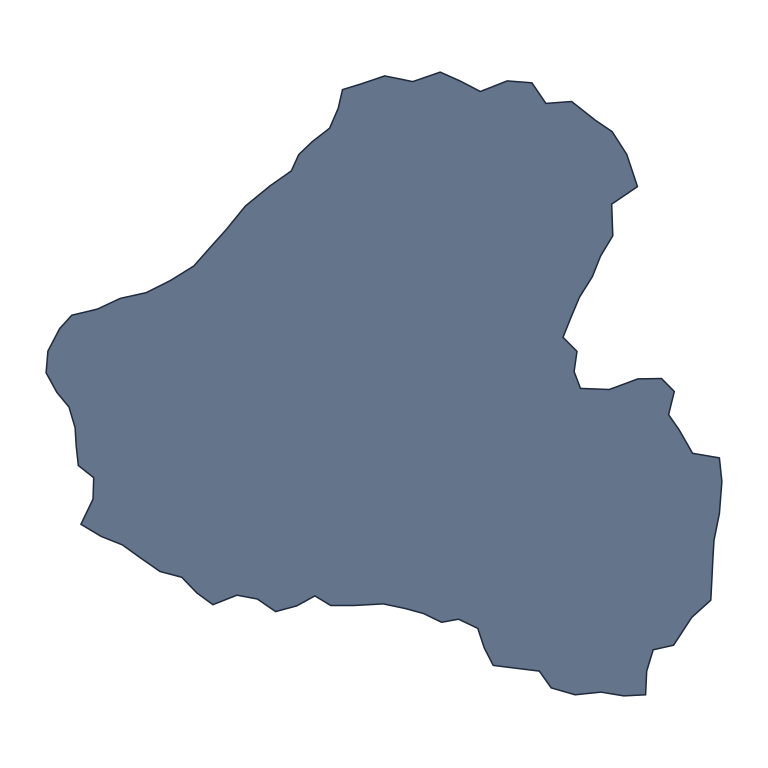 the district of Piedade de Ponte Nova, Minas Gerais, Brazil
{"feature_id": "56859067B78649658437346", "entity_name": "Piedade de Ponte Nova", "entity_type": "district", "adm_level": 2, "iso_a3": "BRA", "parent_name": "Brazil", "parent_adm1": "Minas Gerais", "projection": "orthographic", "projection_center": [-42.716, -20.24], "detail": "fine", "context": "isolated", "style": "filled", "palette": "slate", "viewbox_px": 768, "rotation_deg": 0, "n_neighbors": 0, "source": "geoboundaries", "source_scale": "gbopen_adm2", "svg_char_len": 1298}
<svg xmlns="http://www.w3.org/2000/svg" viewBox="0 0 768 768"><path d="M712.9,558.6L714.0,540.3L719.4,513.6L721.9,481.5L719.4,457.9L692.6,453.3L679.0,429.6L668.6,414.7L674.3,391.5L661.5,378.5L637.8,378.9L609.2,389.5L580.5,388.4L574.1,371.6L577.0,351.4L563.0,337.3L571.3,316.7L579.5,297.2L592.4,276.6L600.6,256.0L612.8,235.8L611.7,204.1L637.5,186.6L626.8,154.5L612.1,131.6L595.3,120.2L571.6,101.5L545.9,103.4L531.9,82.8L507.2,80.9L480.3,91.5L461.4,81.6L440.2,72.1L412.7,81.6L384.7,75.9L361.1,83.9L342.5,89.6L338.2,108.3L329.6,128.2L312.4,141.5L298.8,154.5L291.3,170.9L270.1,185.8L245.4,206.0L226.1,229.7L209.3,248.4L193.9,265.9L170.6,280.4L146.3,292.6L120.2,298.4L97.3,309.1L71.8,315.2L59.7,328.5L47.9,351.1L46.1,372.8L56.8,392.3L69.0,407.1L75.1,427.7L76.2,446.0L78.3,465.5L93.7,477.7L93.0,499.1L80.9,524.3L101.3,536.5L122.4,544.9L141.4,558.6L160.0,571.5L181.8,577.3L196.8,592.9L212.9,604.7L236.9,595.2L257.3,599.0L275.6,611.6L296.7,605.9L314.9,595.9L330.7,605.5L354.0,605.5L383.3,603.9L405.1,608.5L423.4,613.5L441.6,622.3L458.5,619.2L477.8,628.4L484.2,647.8L493.2,665.4L517.2,668.4L539.3,671.1L551.2,687.9L575.1,694.8L600.9,692.1L623.8,695.9L645.6,694.8L646.7,671.1L653.2,649.8L673.6,645.2L691.8,617.3L710.8,600.2L711.9,579.2L712.9,558.6Z" fill="#64748b" stroke="#1e293b" stroke-width="1.5"/></svg>